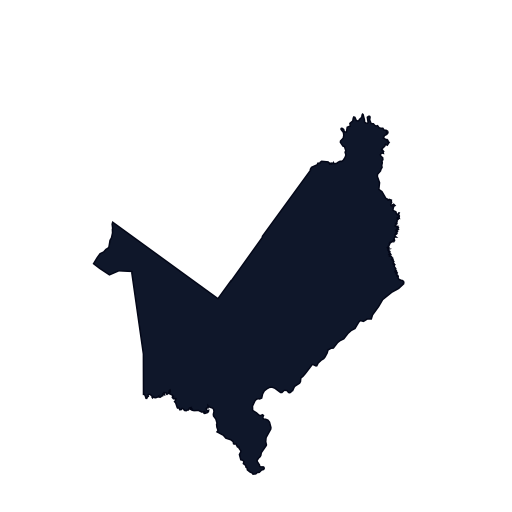 Mbire, Mashonaland Central, Zimbabwe (Albers equal-area conic projection), rotated 306°
{"feature_id": "62879985B94368680034661", "entity_name": "Mbire", "entity_type": "district", "adm_level": 2, "iso_a3": "ZWE", "parent_name": "Zimbabwe", "parent_adm1": "Mashonaland Central", "projection": "albers", "projection_center": [30.66, -16.018], "detail": "fine", "context": "isolated", "style": "filled", "palette": "ink", "viewbox_px": 512, "rotation_deg": 306, "n_neighbors": 0, "source": "geoboundaries", "source_scale": "gbopen_adm2", "svg_char_len": 6051}
<svg xmlns="http://www.w3.org/2000/svg" viewBox="0 0 512 512"><g transform="rotate(306 256 256)"><path d="M418.5,254.0L416.6,255.9L413.8,254.1L409.5,256.3L408.5,254.9L409.0,253.6L409.9,252.6L410.0,250.9L409.5,250.0L408.9,250.0L408.4,250.4L407.3,254.1L405.2,256.1L402.6,257.3L398.7,256.8L397.6,257.4L396.0,261.8L396.5,263.3L393.8,267.0L392.4,267.0L390.5,269.4L388.1,270.1L384.5,270.3L382.7,269.6L382.6,269.0L381.6,268.0L379.3,267.0L378.8,267.2L376.5,265.0L377.0,264.0L376.4,264.2L375.8,262.7L374.7,262.3L374.7,262.8L373.6,261.7L374.6,261.0L374.2,260.5L374.5,259.0L371.2,253.4L369.6,252.9L368.9,253.3L367.4,251.5L365.8,251.9L360.4,248.8L358.1,249.0L357.3,249.7L275.7,249.6L274.7,250.2L220.9,250.6L221.0,250.3L199.1,250.3L199.1,120.2L197.2,120.9L194.1,123.8L193.2,124.1L190.3,126.4L185.7,128.4L182.9,128.7L176.9,131.7L175.5,131.7L173.1,130.7L169.7,130.4L166.2,128.5L161.3,128.5L154.3,129.1L154.1,136.9L154.6,148.5L163.4,153.7L170.5,164.6L170.4,165.0L169.3,165.5L110.5,222.5L77.9,246.3L78.3,246.8L78.1,248.1L76.2,250.7L76.6,251.3L78.3,251.0L79.2,251.4L80.1,250.2L81.1,250.5L81.8,252.1L81.4,254.6L80.6,255.0L80.4,255.8L81.9,255.8L81.8,257.2L82.4,258.2L84.1,259.3L85.4,259.6L84.8,259.9L84.8,260.4L85.7,261.7L87.1,261.9L88.1,262.7L89.5,261.8L89.9,263.5L91.4,261.8L92.6,263.6L91.7,264.4L91.7,265.3L93.4,265.7L96.4,264.9L97.2,265.2L96.4,266.2L93.7,267.0L94.3,270.0L93.8,270.7L94.0,271.7L93.6,271.9L93.0,271.2L92.4,271.4L92.0,273.0L92.2,273.8L93.1,274.1L93.6,275.0L91.9,275.8L90.3,275.7L90.0,277.3L87.0,281.5L86.9,281.9L87.6,282.3L87.5,283.6L86.8,284.7L87.8,285.8L89.3,285.8L89.6,287.3L89.0,288.9L89.8,290.5L91.2,291.1L91.7,291.8L94.0,291.5L95.3,292.6L93.4,293.2L93.6,293.6L94.4,293.5L94.8,293.9L94.7,294.2L93.7,294.4L93.6,294.8L94.5,296.8L97.2,300.2L97.9,304.0L100.1,305.9L99.8,306.3L98.4,306.1L98.2,306.5L98.5,307.1L100.7,308.7L102.1,309.0L103.3,308.4L102.0,307.5L103.1,305.4L103.9,305.4L105.0,306.5L106.9,305.0L106.5,307.2L107.5,310.5L106.9,312.0L105.5,313.4L102.9,314.5L101.6,315.7L100.5,319.3L97.9,322.7L96.6,323.1L94.5,325.0L92.6,327.8L90.8,327.8L91.8,334.9L90.9,338.7L92.5,343.6L92.4,346.7L90.9,348.2L91.0,348.9L92.2,350.1L90.6,353.3L91.4,354.7L90.5,355.2L89.5,358.3L88.7,358.8L85.6,359.3L82.2,363.5L82.9,365.2L82.7,367.0L80.6,367.8L80.5,370.7L79.2,372.1L79.3,373.4L77.9,374.7L77.7,378.1L78.2,380.5L77.7,381.8L79.6,383.9L81.4,384.2L82.9,385.8L86.1,386.3L87.7,387.6L88.8,387.6L89.7,386.7L89.7,385.9L88.0,383.6L88.0,382.7L89.0,381.6L90.5,377.8L91.3,377.0L94.2,376.9L96.1,377.3L97.6,377.1L100.0,375.9L108.6,375.7L109.3,375.5L111.5,373.0L115.0,370.9L124.6,369.7L126.0,368.9L129.5,364.6L130.2,362.1L129.6,359.7L128.7,358.4L128.6,357.5L129.5,356.3L131.4,355.8L131.4,355.5L131.3,354.4L129.8,353.8L129.0,352.1L129.4,348.6L129.1,344.1L132.5,341.4L138.2,340.3L140.1,340.5L141.2,341.1L142.6,342.6L142.5,343.0L144.4,344.1L148.4,342.4L151.8,342.0L155.0,342.9L157.7,344.2L159.3,346.1L160.1,348.9L160.0,356.1L160.8,357.2L163.6,357.7L164.3,358.2L165.4,360.4L164.7,362.5L165.2,363.7L166.3,364.2L167.6,364.2L168.5,364.8L172.2,364.0L173.5,364.0L178.8,366.0L180.5,365.8L183.6,364.0L186.2,364.7L189.7,365.0L201.2,365.3L201.7,365.8L202.3,369.1L202.9,369.7L205.9,369.2L210.1,370.0L212.7,371.1L214.9,371.2L219.3,370.6L222.3,369.5L225.5,371.0L227.0,372.7L233.9,372.9L236.8,373.7L240.6,375.7L247.5,375.9L251.7,376.8L255.5,378.7L262.9,378.0L264.7,378.3L265.1,378.4L266.3,381.4L270.5,383.1L272.8,386.3L276.8,384.9L287.2,384.9L295.2,384.1L306.4,387.1L313.6,390.5L320.3,391.8L320.4,391.1L321.6,391.1L322.2,390.2L322.1,388.4L321.3,387.3L321.5,386.6L321.1,385.5L321.7,383.9L323.0,383.1L322.7,382.2L323.6,382.1L323.4,381.0L324.7,380.4L324.0,379.4L324.9,379.1L325.5,379.6L325.6,378.9L324.9,377.6L325.7,377.5L326.5,378.2L327.0,376.7L327.9,376.5L328.7,374.1L329.6,373.4L330.5,373.4L330.2,372.0L330.9,372.1L330.9,371.2L332.6,370.7L332.8,369.0L333.5,369.2L333.7,368.9L333.0,367.7L334.6,367.8L334.7,366.6L335.2,365.9L334.3,364.2L336.0,364.0L336.4,364.3L337.1,362.7L335.6,363.5L335.2,362.7L336.6,362.7L337.0,361.9L338.3,361.7L338.4,361.0L337.7,360.8L338.4,360.2L338.1,359.6L339.0,359.0L339.9,359.6L339.3,358.4L340.0,357.3L340.7,357.8L340.7,358.6L341.2,358.5L341.7,357.3L343.2,357.4L344.4,356.6L344.8,357.1L345.8,356.5L346.4,357.3L347.1,357.2L348.2,358.6L348.5,357.9L350.2,357.7L349.8,359.0L350.2,358.9L351.3,357.3L353.1,357.2L353.7,358.2L353.8,357.1L354.6,356.1L356.0,355.8L355.9,356.6L356.3,356.8L357.4,356.7L357.7,355.6L359.0,356.0L359.1,355.3L358.4,355.0L358.6,354.4L360.3,355.2L359.9,354.4L361.0,355.0L361.0,354.2L361.9,353.8L362.4,354.7L362.7,354.6L362.8,353.8L361.5,352.6L363.1,353.0L362.1,351.4L362.1,350.8L363.9,350.8L364.4,349.9L365.2,351.5L365.1,350.4L366.8,349.9L367.6,349.1L369.3,349.4L369.4,348.2L370.1,347.8L370.4,348.3L370.9,348.4L370.7,349.4L370.8,349.7L371.4,348.9L372.6,348.5L373.4,346.9L375.0,346.5L374.8,346.2L372.4,346.2L372.5,345.1L374.0,343.1L373.4,340.2L374.4,339.3L376.7,338.4L377.5,338.3L378.5,338.8L378.8,336.9L377.3,336.2L376.2,336.8L376.1,335.4L376.8,334.7L379.3,334.1L379.6,333.3L380.8,332.7L380.1,330.5L379.0,330.4L378.8,329.9L379.3,329.0L378.9,327.3L382.1,320.1L382.1,316.2L387.9,312.9L391.7,307.4L393.6,306.3L398.1,306.7L399.2,306.2L401.8,305.9L403.1,304.5L405.6,303.4L407.2,301.8L408.4,302.1L410.0,300.7L410.1,298.7L410.9,297.0L412.8,297.1L413.4,297.5L413.9,298.7L414.6,297.8L415.5,297.9L416.0,296.3L415.5,296.3L415.5,296.0L416.1,294.8L420.5,295.6L422.5,295.1L422.8,297.1L426.2,296.9L425.9,295.4L426.4,295.4L426.6,294.2L427.1,294.5L427.3,293.7L426.4,292.2L426.6,290.9L426.2,289.7L428.9,289.1L431.2,290.3L431.7,290.3L431.7,289.8L432.8,290.4L433.7,290.0L432.7,288.9L433.1,288.4L434.3,288.6L434.2,287.3L433.1,285.8L433.9,283.5L432.8,282.1L432.1,280.2L432.9,277.7L431.6,276.7L431.5,275.0L432.0,273.3L430.8,271.3L432.9,268.0L435.5,266.6L435.8,265.8L435.2,265.0L433.7,264.5L429.8,268.3L428.9,268.1L428.1,266.8L428.2,265.1L429.9,263.7L433.4,259.5L433.4,258.8L432.2,259.0L431.3,259.7L429.3,259.9L427.4,259.4L425.9,259.6L425.2,259.2L424.5,257.6L426.3,254.5L426.0,253.4L424.8,253.6L422.1,254.9L418.5,254.0Z" fill="#0f172a" stroke="#020617" stroke-width="1.5"/></g></svg>